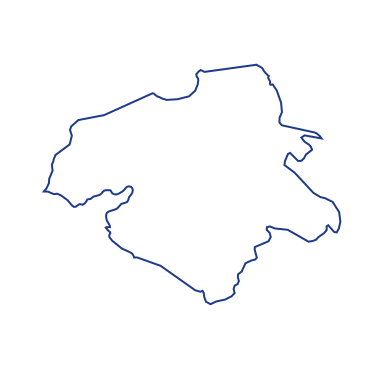 Kordestan, Natural Earth projection, rotated 341°
{"feature_id": "IRN-3241", "entity_name": "Kordestan", "entity_type": "Province", "adm_level": 1, "iso_a3": "IRN", "parent_name": "Iran", "parent_adm1": "", "projection": "natural_earth1", "projection_center": [46.82, 35.623], "detail": "fine", "context": "isolated", "style": "outline", "palette": "blue", "viewbox_px": 384, "rotation_deg": 341, "n_neighbors": 0, "source": "natural_earth", "source_scale": "10m", "svg_char_len": 2548}
<svg xmlns="http://www.w3.org/2000/svg" viewBox="0 0 384 384"><g transform="rotate(341 192 192)"><path d="M77.4,168.1L75.5,167.6L74.3,165.9L71.7,159.3L67.0,152.5L63.9,149.7L61.1,149.2L59.8,148.3L56.0,144.8L52.1,143.3L55.6,141.2L59.6,137.1L61.3,133.0L67.1,126.5L68.5,120.3L70.8,118.0L72.0,115.9L75.1,112.5L91.8,107.2L96.7,99.7L96.9,93.5L99.2,90.6L108.1,87.0L133.9,90.7L186.9,85.8L188.2,86.8L188.9,88.4L190.3,90.3L192.4,92.0L194.2,93.9L198.1,96.7L208.7,99.6L220.4,100.6L228.1,97.2L232.4,92.2L234.2,88.7L234.7,86.7L234.0,84.6L234.4,82.1L237.4,80.3L239.9,79.5L242.9,82.5L294.6,92.7L294.9,93.3L298.2,96.9L298.9,98.2L299.3,100.7L300.3,103.5L301.5,106.0L302.4,107.4L301.4,108.4L301.2,109.6L301.8,112.6L301.7,113.5L301.2,114.3L300.9,115.2L301.1,116.1L301.5,116.3L303.3,116.5L305.2,123.7L305.3,136.6L303.0,145.9L299.0,150.2L297.3,154.8L298.7,158.2L327.1,175.5L329.0,177.2L331.0,180.7L331.9,183.5L316.8,175.1L313.1,176.2L314.9,181.3L318.0,185.2L319.2,187.9L319.2,191.2L311.9,193.7L308.9,196.6L305.6,198.1L302.4,197.2L297.5,187.0L295.1,187.3L289.8,193.3L288.2,196.6L295.4,207.3L306.5,232.3L311.6,238.5L315.8,241.2L321.7,247.1L324.6,258.9L322.6,268.4L319.0,274.3L315.6,277.3L313.4,276.1L310.0,267.8L308.1,268.3L306.9,271.9L303.2,274.0L296.9,275.8L293.8,277.5L290.6,277.6L286.1,277.0L270.2,258.9L258.4,253.4L254.4,249.9L251.4,249.7L250.3,252.1L252.1,255.9L251.8,260.2L248.3,263.5L233.5,264.5L232.5,266.9L231.9,275.2L229.8,276.4L225.7,276.1L219.3,276.8L213.1,283.4L208.8,284.8L207.5,287.6L207.4,291.3L205.2,293.9L201.9,294.4L199.8,297.2L199.4,301.4L195.4,303.5L188.4,304.5L179.1,303.4L173.0,304.1L169.5,300.3L169.4,295.3L170.2,291.5L169.8,288.9L167.4,289.0L163.0,285.9L138.3,251.6L118.8,236.0L115.9,235.0L116.1,234.5L115.4,230.8L112.9,227.9L107.3,222.7L100.7,212.1L99.4,208.4L99.3,207.2L99.6,206.2L100.1,205.4L101.0,204.7L101.4,204.2L101.5,203.7L101.4,203.2L101.0,202.6L99.8,200.2L98.9,197.6L99.4,197.5L99.9,197.5L103.0,198.5L103.3,196.7L102.3,191.8L102.3,189.7L102.7,187.5L103.5,185.5L104.8,184.0L107.0,183.3L114.1,183.5L116.3,183.0L121.4,180.2L125.5,180.5L127.6,180.2L129.2,178.7L130.6,176.6L133.7,174.6L135.4,173.1L136.6,171.0L136.8,169.0L136.0,167.3L134.3,166.1L132.1,165.9L130.3,166.8L128.5,168.0L126.6,168.8L122.2,169.7L120.0,169.8L117.9,168.9L117.1,168.2L116.4,167.5L116.0,166.6L115.5,164.0L115.0,163.6L114.3,163.4L111.1,162.2L109.4,162.2L107.7,162.8L105.8,164.0L103.7,164.7L97.2,164.3L93.9,165.5L92.8,165.4L91.7,165.0L90.7,165.0L88.2,167.1L86.2,168.1L84.1,168.3L82.4,167.1L81.3,166.9L77.4,168.1Z" fill="none" stroke="#1e3a8a" stroke-width="2"/></g></svg>